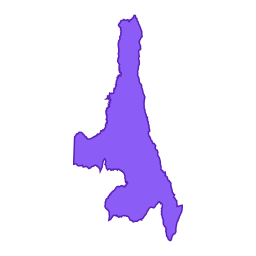 outline of Leoncio Prado, Huánuco, Peru
{"feature_id": "86281439B17589046188801", "entity_name": "Leoncio Prado", "entity_type": "district", "adm_level": 2, "iso_a3": "PER", "parent_name": "Peru", "parent_adm1": "Huánuco", "projection": "equal_earth", "projection_center": [-76.069, -8.961], "detail": "fine", "context": "isolated", "style": "filled", "palette": "violet", "viewbox_px": 256, "rotation_deg": 0, "n_neighbors": 0, "source": "geoboundaries", "source_scale": "gbopen_adm2", "svg_char_len": 5934}
<svg xmlns="http://www.w3.org/2000/svg" viewBox="0 0 256 256"><path d="M118.4,25.0L119.6,27.0L120.4,27.3L121.0,28.2L120.5,29.2L121.2,31.6L120.8,32.6L121.0,34.5L119.7,36.9L120.0,39.0L118.6,41.2L118.6,42.9L118.2,43.4L118.5,47.6L118.8,48.9L118.8,51.7L118.6,53.1L118.2,53.8L118.6,54.6L118.8,56.7L118.4,57.9L118.1,58.0L118.3,58.5L117.7,60.3L117.7,61.4L119.1,64.1L119.6,64.3L119.0,66.7L119.1,67.5L119.5,67.7L119.2,68.6L119.6,69.3L119.4,70.2L119.1,70.2L119.6,71.0L119.5,71.9L119.9,72.5L120.3,72.1L120.6,72.8L120.8,72.6L121.2,73.0L121.2,74.4L121.0,75.3L120.4,75.2L120.5,75.8L120.2,76.0L119.7,75.1L119.5,75.3L119.1,75.2L118.8,75.8L118.3,75.6L118.1,76.0L118.3,76.9L118.1,77.2L118.0,76.7L117.1,77.5L117.1,78.1L117.5,78.8L116.4,81.0L116.5,81.7L116.1,82.8L116.2,84.3L115.7,84.7L116.4,85.2L115.4,87.2L115.0,88.9L114.1,88.6L113.8,90.4L114.1,90.8L113.7,92.9L112.7,93.5L111.7,93.2L111.0,93.7L109.7,93.1L109.3,95.6L108.6,96.1L107.6,95.9L107.4,98.1L106.4,98.9L107.9,98.7L108.0,97.7L108.4,98.0L108.6,98.6L108.8,98.1L109.8,97.5L109.7,98.6L110.0,99.4L110.7,99.8L109.8,100.3L110.4,100.8L109.9,101.8L109.0,102.0L109.1,102.7L109.7,103.0L109.3,103.2L109.4,104.7L108.6,104.5L109.0,105.1L108.8,106.0L109.3,106.0L109.4,106.3L108.5,106.3L108.8,107.1L107.7,107.6L107.1,108.2L107.3,108.5L106.9,109.0L106.6,108.8L106.4,110.6L106.7,111.0L106.4,111.6L106.0,111.4L106.0,113.1L106.4,113.6L106.3,114.1L106.9,114.3L106.4,115.4L107.0,116.5L106.8,117.6L106.4,118.5L106.9,119.5L106.3,119.8L107.3,120.8L107.1,122.3L106.9,121.9L106.6,122.1L105.4,125.5L105.7,126.5L105.6,127.3L104.4,128.8L104.1,129.9L102.8,129.9L102.7,130.8L101.0,130.7L100.0,133.6L99.5,134.0L98.7,134.0L97.8,134.6L97.6,134.2L96.8,134.9L96.8,135.5L96.0,135.7L95.6,136.4L95.1,136.2L94.2,136.9L93.4,136.9L93.1,137.6L89.6,139.0L87.7,139.1L87.3,138.3L86.4,137.9L86.3,137.0L85.2,136.9L84.4,135.3L81.5,132.4L79.1,132.3L77.6,134.0L76.9,133.8L76.5,134.2L75.7,135.7L74.6,136.8L73.7,164.3L75.9,163.8L76.6,164.2L77.2,165.2L78.4,165.9L81.5,165.6L82.3,165.2L83.2,167.0L86.2,166.5L87.3,167.0L88.9,168.6L90.5,167.9L91.8,166.5L93.2,166.4L94.8,165.3L95.9,165.2L96.6,165.5L96.9,166.2L97.7,166.4L98.6,167.7L99.5,168.3L99.9,169.3L100.2,171.4L102.1,167.2L102.8,162.6L103.4,160.7L103.9,159.7L104.9,158.8L105.7,160.7L105.5,163.2L105.0,164.4L105.4,164.5L106.1,166.2L106.5,168.4L107.6,169.8L108.0,169.3L108.6,169.5L109.0,168.8L109.8,168.8L110.6,169.2L110.7,170.0L111.1,170.3L112.1,169.8L113.0,170.1L113.3,169.1L116.5,169.4L117.5,170.1L117.8,169.3L118.8,169.1L120.2,170.3L120.9,170.3L121.4,171.2L122.4,171.1L122.7,172.0L123.6,172.5L125.0,175.7L124.9,177.5L125.1,178.9L125.5,179.8L125.3,180.8L125.7,182.6L126.1,182.7L126.4,181.9L126.8,181.8L127.4,182.2L127.6,183.2L126.7,183.9L126.6,184.6L125.2,185.4L125.3,186.2L124.2,187.0L122.7,185.8L121.9,185.9L121.4,185.6L119.5,186.8L118.2,186.4L116.9,186.8L116.2,187.5L114.4,190.4L112.7,191.3L111.1,193.1L110.9,193.8L110.3,193.9L110.3,194.2L109.8,194.6L110.0,194.9L108.2,196.6L108.5,197.6L108.3,198.0L106.8,198.7L105.9,199.9L105.8,201.1L105.3,202.1L105.3,204.3L104.9,206.5L106.0,208.6L108.1,210.2L109.2,212.2L109.2,214.7L109.5,216.1L108.8,220.3L110.5,219.5L111.1,218.7L111.4,217.8L111.9,217.6L113.3,215.6L114.4,215.2L115.5,215.5L116.1,216.0L116.7,215.3L117.1,215.4L118.2,217.0L119.0,217.2L119.9,216.3L121.3,217.0L122.3,215.9L123.2,215.5L124.6,215.8L125.7,215.6L126.8,216.3L127.4,216.2L128.6,216.8L130.0,219.9L132.4,220.7L132.4,221.3L133.4,221.9L134.6,221.4L137.4,221.2L138.7,220.0L140.5,219.2L140.9,219.8L141.7,220.0L142.0,218.7L143.5,217.8L143.7,216.8L145.8,214.5L147.2,211.4L148.1,210.3L148.6,209.0L149.3,208.1L151.4,207.0L153.7,207.9L154.9,206.9L155.8,205.1L157.1,203.9L158.4,202.1L158.7,202.3L159.2,201.8L160.2,202.5L160.6,203.4L160.9,203.0L162.3,204.5L162.5,205.7L162.1,206.7L162.1,207.5L161.5,208.5L161.8,208.7L161.6,210.2L161.7,210.9L161.4,211.7L161.8,212.8L161.4,214.1L162.3,216.1L162.2,216.8L162.6,218.3L163.2,218.9L163.0,219.5L163.4,220.4L163.1,221.9L163.5,222.2L163.3,223.2L163.5,224.5L164.5,226.1L164.6,226.5L165.2,226.7L166.3,228.8L165.8,229.7L166.0,230.7L165.8,231.7L166.3,232.7L166.5,235.1L166.9,236.5L167.6,237.1L168.2,239.0L169.3,240.2L170.4,240.6L171.3,239.8L171.8,237.2L173.2,234.3L174.7,233.8L175.8,232.0L175.9,228.1L176.7,223.5L177.1,222.1L178.1,220.6L178.1,219.4L178.7,218.8L179.3,216.7L181.7,211.5L182.3,207.0L182.1,205.2L177.9,206.4L176.9,206.4L177.1,204.9L176.7,202.8L176.8,200.9L175.9,200.1L174.9,198.2L174.0,197.8L173.7,197.2L174.0,195.9L174.6,194.7L173.4,194.1L173.3,193.3L172.4,192.4L171.7,188.6L171.1,187.6L171.2,186.8L170.8,185.9L170.9,183.5L170.5,182.3L169.3,181.7L169.2,180.7L168.0,180.0L167.6,179.3L167.4,177.5L166.8,176.6L165.0,175.5L165.6,174.5L165.0,172.0L164.0,172.6L163.5,172.4L162.4,170.4L161.7,170.4L160.9,169.5L161.0,166.6L160.3,163.9L160.4,162.5L160.1,160.8L159.2,157.5L157.6,155.1L157.9,152.5L157.2,150.2L156.4,150.1L155.6,149.3L155.2,147.4L155.5,146.8L155.6,145.4L154.8,144.8L154.1,143.5L152.7,143.3L151.9,140.9L150.9,140.1L150.3,137.8L149.6,136.5L149.2,136.5L148.7,135.1L148.3,131.9L149.5,131.5L149.7,130.0L149.1,128.3L149.0,126.1L148.1,122.4L148.3,121.8L147.2,120.2L147.6,119.6L147.2,118.5L147.5,117.2L146.3,116.9L146.2,115.0L145.0,112.2L144.8,109.5L144.1,108.0L144.2,106.6L143.9,103.4L144.2,102.7L144.0,101.8L144.9,97.1L143.0,92.6L142.5,89.7L141.5,87.1L141.7,85.6L140.7,83.8L139.5,82.8L138.9,78.2L137.5,75.1L137.8,73.5L137.5,71.6L138.4,68.3L138.4,66.0L139.2,64.7L139.4,62.6L139.1,61.5L139.2,60.7L138.6,59.1L138.6,57.6L139.4,56.4L139.0,55.4L138.6,51.0L139.2,49.9L140.4,49.6L140.7,48.8L140.4,46.7L140.6,46.2L140.3,45.2L139.8,44.7L139.4,42.4L139.0,42.0L139.4,41.5L139.4,40.6L140.2,39.6L141.1,37.5L142.2,36.6L141.8,35.2L141.8,31.8L139.5,25.5L138.6,24.0L138.2,22.1L136.8,20.0L136.9,18.5L135.6,17.9L135.5,16.0L135.2,15.4L134.1,15.4L133.0,17.9L132.4,18.1L131.5,19.5L130.0,19.8L129.7,20.5L129.5,21.7L128.8,21.5L127.9,19.6L125.5,20.4L123.8,19.4L123.1,20.1L121.0,20.7L120.1,22.8L119.4,23.2L118.4,25.0Z" fill="#8b5cf6" stroke="#5b21b6" stroke-width="1.5"/></svg>